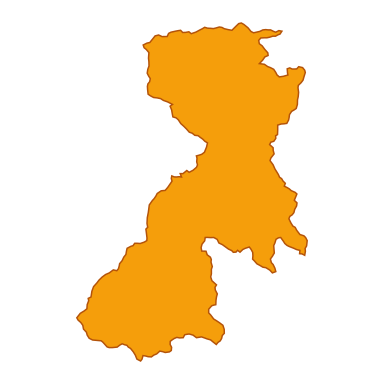 the district of Jacupiranga, São Paulo, Brazil
{"feature_id": "56859067B20022642204757", "entity_name": "Jacupiranga", "entity_type": "district", "adm_level": 2, "iso_a3": "BRA", "parent_name": "Brazil", "parent_adm1": "São Paulo", "projection": "orthographic", "projection_center": [-48.043, -24.779], "detail": "fine", "context": "isolated", "style": "filled", "palette": "amber", "viewbox_px": 384, "rotation_deg": 0, "n_neighbors": 0, "source": "geoboundaries", "source_scale": "gbopen_adm2", "svg_char_len": 4787}
<svg xmlns="http://www.w3.org/2000/svg" viewBox="0 0 384 384"><path d="M87.2,335.1L89.2,338.3L92.6,340.0L101.2,340.8L102.9,342.2L107.1,346.9L109.2,347.6L112.2,347.6L117.2,347.1L119.8,345.1L122.2,343.8L124.4,344.7L126.9,345.3L128.3,347.1L130.5,348.4L133.2,351.7L135.3,355.1L136.9,359.1L140.6,361.0L142.0,359.2L143.0,355.6L145.6,356.0L148.1,356.7L151.4,356.9L153.8,355.1L156.7,353.9L159.8,351.1L162.8,351.7L165.2,352.5L169.4,351.9L171.3,350.5L171.6,347.3L170.1,344.4L170.2,341.4L172.1,339.9L174.2,338.5L176.8,337.4L179.5,337.9L183.2,337.7L184.7,334.8L186.8,334.3L189.2,334.0L193.0,335.1L196.5,337.7L201.5,336.9L204.7,338.0L206.8,338.8L210.6,339.9L213.0,341.9L216.3,344.5L218.0,342.4L220.2,340.9L221.6,338.5L222.3,335.5L224.3,333.3L224.2,329.3L222.9,325.3L219.7,322.9L216.9,321.0L213.7,319.0L210.6,314.9L208.7,312.9L208.7,309.2L211.7,305.8L213.7,305.1L215.8,304.7L216.0,300.2L216.5,296.9L217.3,293.9L215.3,290.0L215.0,287.3L216.5,284.9L211.9,280.7L210.7,276.9L211.4,273.9L211.4,269.2L212.3,266.6L211.0,262.1L211.3,259.5L210.4,257.2L207.2,254.8L206.0,251.2L201.8,251.1L201.1,247.7L202.0,244.2L204.7,240.8L205.2,237.5L207.5,237.4L210.3,237.6L213.8,237.5L217.2,239.4L218.9,243.0L222.3,244.6L224.8,246.4L228.5,249.1L231.7,250.6L233.3,252.3L236.0,252.1L237.6,250.3L240.0,252.2L242.8,249.5L245.3,248.3L249.3,247.0L251.1,249.4L252.7,252.4L252.9,255.9L252.6,259.1L254.4,260.9L256.9,263.8L259.7,265.3L262.9,267.2L265.9,267.7L269.8,270.1L272.4,272.9L275.8,271.6L274.9,268.2L273.1,264.5L271.4,262.7L270.4,259.0L272.4,256.3L274.3,253.0L273.7,245.6L274.9,243.0L276.0,239.3L278.5,237.8L280.7,237.5L283.5,241.4L284.8,243.5L287.0,245.4L289.2,246.5L293.6,248.2L296.4,249.5L299.9,250.4L299.6,253.7L302.0,253.9L304.7,255.3L305.4,251.2L305.1,248.5L306.6,245.9L307.2,240.6L305.6,237.5L303.9,235.8L299.9,234.5L296.7,230.3L295.2,227.4L292.8,226.0L290.9,222.9L288.9,218.8L289.8,216.4L292.2,214.8L293.9,212.6L294.7,209.4L296.6,205.9L297.0,202.9L294.3,200.3L296.9,194.0L295.2,192.4L291.2,190.6L289.2,188.8L287.0,187.5L284.3,186.2L285.3,183.3L283.0,181.0L281.6,178.6L279.6,177.3L278.3,174.4L276.4,171.3L275.0,169.1L273.1,164.8L271.5,162.6L270.0,160.6L270.9,158.0L274.1,153.9L273.2,150.4L273.1,147.7L269.6,144.6L270.8,142.2L273.8,141.3L275.8,138.4L275.6,135.8L277.5,134.6L277.7,130.1L277.7,125.1L281.2,124.0L284.1,123.8L286.8,123.4L288.6,120.0L289.1,117.6L289.5,114.6L291.6,111.4L294.3,109.8L296.2,108.5L297.4,104.4L297.5,99.8L298.2,96.7L298.6,92.3L298.0,87.8L298.3,85.4L301.1,82.7L303.0,80.2L304.0,76.7L305.3,72.5L304.7,70.2L302.6,67.6L298.7,66.7L296.7,68.9L294.4,69.0L292.1,69.0L289.8,67.9L287.2,68.8L287.5,72.8L287.9,75.0L283.4,76.3L279.3,76.9L277.0,74.9L275.8,72.5L273.7,69.3L270.4,67.6L267.7,66.6L264.4,64.3L261.6,63.9L259.4,63.6L262.6,60.2L264.9,56.9L268.1,55.5L267.8,52.8L264.7,49.3L262.2,45.9L259.3,43.7L258.7,40.4L260.8,38.0L264.0,37.8L266.8,37.8L269.7,37.2L272.7,36.2L275.5,36.2L278.0,34.8L280.0,34.1L281.9,31.2L278.9,30.6L275.7,32.2L273.4,31.3L270.6,29.9L268.1,29.9L265.8,29.6L262.9,29.9L259.8,31.4L256.7,32.1L253.6,32.8L251.0,31.5L248.0,27.8L243.8,24.4L241.3,23.0L238.7,23.6L236.1,26.1L231.9,30.3L228.1,29.6L224.3,28.7L221.9,27.4L219.3,27.0L215.9,28.0L213.4,28.6L210.4,28.3L207.6,28.2L204.7,27.3L202.4,28.7L199.4,30.2L195.9,32.1L191.2,33.7L188.9,31.8L185.6,32.4L182.7,32.5L180.6,30.3L178.5,30.6L175.4,31.2L170.9,32.2L168.6,33.4L167.2,36.5L162.1,36.6L158.6,35.0L155.1,35.9L152.8,38.8L149.8,42.5L147.0,43.1L143.2,45.0L144.1,47.7L146.2,49.4L148.9,52.6L148.7,55.3L148.5,58.2L148.9,61.7L149.0,66.0L147.8,69.3L147.2,73.2L148.6,76.0L150.3,78.7L149.6,81.8L147.9,83.9L147.4,86.4L147.6,89.6L148.1,94.2L150.4,95.8L153.6,97.5L157.2,97.9L160.6,98.6L163.4,100.4L167.6,101.9L172.5,104.4L170.1,106.2L171.6,109.8L172.3,113.9L172.9,116.9L176.2,117.9L178.3,119.8L180.8,123.6L183.6,126.1L186.5,129.0L189.3,132.2L192.2,133.2L194.8,135.3L198.2,135.7L200.0,137.2L202.7,139.1L204.9,141.3L207.5,142.9L206.5,147.2L204.4,152.3L201.7,154.3L199.3,155.1L196.4,155.9L197.0,158.2L196.7,161.8L197.5,164.9L196.5,167.3L193.0,170.3L189.1,172.3L186.8,170.5L183.0,173.6L180.2,173.6L181.5,177.0L179.1,176.7L176.4,177.0L174.2,176.9L171.8,175.9L171.3,178.4L172.0,181.2L167.8,187.3L165.2,190.4L161.2,190.8L157.2,193.5L155.8,196.2L154.0,198.8L152.4,200.5L149.3,204.9L148.3,212.5L147.3,217.6L147.0,223.5L147.7,227.3L145.9,229.1L146.4,233.0L147.0,238.0L146.8,240.6L144.3,242.1L140.2,243.5L137.4,243.3L134.7,243.3L133.0,245.7L130.9,246.3L127.1,248.3L126.5,250.9L125.9,254.5L123.8,257.1L122.1,260.7L119.6,263.7L119.2,266.0L118.4,268.8L116.8,270.7L113.3,269.9L109.3,272.9L105.6,274.5L102.1,277.1L99.0,280.1L97.0,282.8L93.6,286.6L91.9,291.2L91.0,297.0L88.2,298.4L88.7,300.7L87.2,304.6L86.9,308.8L84.1,311.0L80.3,313.3L76.8,317.8L78.1,320.1L80.8,322.5L82.8,325.3L83.5,329.1L86.4,332.2L87.2,335.1Z" fill="#f59e0b" stroke="#b45309" stroke-width="1.5"/></svg>